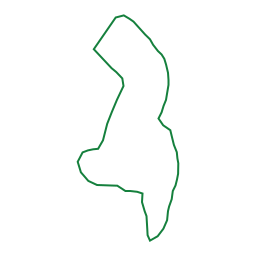 Palmelo, Goiás, Brazil (Natural Earth projection)
{"feature_id": "56859067B29924279004635", "entity_name": "Palmelo", "entity_type": "district", "adm_level": 2, "iso_a3": "BRA", "parent_name": "Brazil", "parent_adm1": "Goiás", "projection": "natural_earth1", "projection_center": [-48.394, -17.308], "detail": "fine", "context": "isolated", "style": "outline", "palette": "green", "viewbox_px": 256, "rotation_deg": 0, "n_neighbors": 0, "source": "geoboundaries", "source_scale": "gbopen_adm2", "svg_char_len": 888}
<svg xmlns="http://www.w3.org/2000/svg" viewBox="0 0 256 256"><path d="M111.3,185.5L117.3,185.7L125.4,191.0L130.2,191.0L137.2,191.8L142.5,193.5L142.0,202.1L144.7,211.3L146.5,216.1L147.3,229.5L147.6,235.2L150.0,240.6L157.7,236.2L163.4,228.7L167.1,220.2L168.0,211.1L169.1,206.5L171.7,199.2L172.8,191.0L175.5,185.5L177.0,179.5L178.1,173.8L178.3,163.3L177.4,158.3L176.8,152.2L173.9,144.9L172.0,137.2L170.3,130.2L163.2,125.3L158.5,118.5L161.6,112.3L163.6,105.8L166.0,99.9L168.5,84.9L168.5,80.0L168.0,72.8L166.1,64.7L164.3,58.8L161.6,54.5L157.9,51.0L153.1,44.8L150.0,39.3L145.1,34.5L137.8,26.4L133.5,21.6L129.5,18.8L123.8,15.4L115.7,17.5L93.8,49.2L111.6,68.2L116.2,72.0L122.3,78.4L123.5,86.0L117.0,99.7L111.8,112.1L107.2,123.8L103.0,140.3L98.1,148.8L93.1,149.3L87.9,150.4L82.6,152.4L77.7,161.8L80.9,172.3L88.3,180.9L97.0,185.0L111.3,185.5Z" fill="none" stroke="#15803d" stroke-width="2"/></svg>